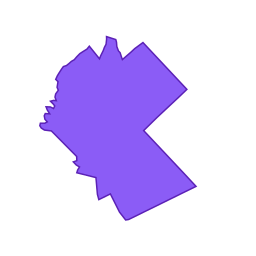 Ramilândia, Paraná, Brazil, rotated 228°
{"feature_id": "56859067B17129043800586", "entity_name": "Ramilândia", "entity_type": "district", "adm_level": 2, "iso_a3": "BRA", "parent_name": "Brazil", "parent_adm1": "Paraná", "projection": "albers", "projection_center": [-54.036, -25.1], "detail": "fine", "context": "isolated", "style": "filled", "palette": "violet", "viewbox_px": 256, "rotation_deg": 228, "n_neighbors": 0, "source": "geoboundaries", "source_scale": "gbopen_adm2", "svg_char_len": 1093}
<svg xmlns="http://www.w3.org/2000/svg" viewBox="0 0 256 256"><g transform="rotate(228 128 128)"><path d="M61.2,64.7L59.6,67.2L55.1,83.1L45.1,118.3L43.7,123.3L39.1,139.5L56.6,139.2L115.6,137.9L116.4,156.4L117.0,188.2L117.3,197.6L181.5,196.3L182.5,186.1L182.4,180.9L182.6,169.6L186.1,171.1L189.2,172.5L191.7,172.5L196.0,174.2L199.5,176.9L201.9,178.1L210.3,173.2L208.4,171.6L206.6,169.6L204.9,167.7L203.7,164.4L202.1,161.4L199.9,155.9L198.5,153.1L214.7,154.0L214.1,150.3L214.9,145.8L215.5,142.0L215.2,137.5L214.7,133.7L215.4,130.5L215.4,127.2L215.6,124.0L216.9,121.1L216.2,117.9L215.0,113.5L214.1,110.5L212.5,106.8L209.3,107.0L205.7,102.5L202.7,101.5L201.7,97.0L199.8,94.4L196.3,93.0L198.3,91.2L199.8,88.3L195.8,88.5L193.4,88.3L192.3,85.7L195.6,84.4L198.6,81.3L195.5,80.1L190.9,79.3L194.1,76.2L193.1,73.9L190.1,72.1L186.6,72.1L187.2,69.4L190.2,66.1L188.7,64.0L186.0,63.5L182.4,64.5L177.1,69.1L141.2,70.8L138.0,68.1L139.4,64.7L135.1,64.8L131.5,65.9L130.5,62.5L129.0,60.0L112.6,71.0L99.2,60.9L94.3,58.4L90.8,70.8L71.1,65.4L61.2,64.7Z" fill="#8b5cf6" stroke="#5b21b6" stroke-width="1.5"/></g></svg>